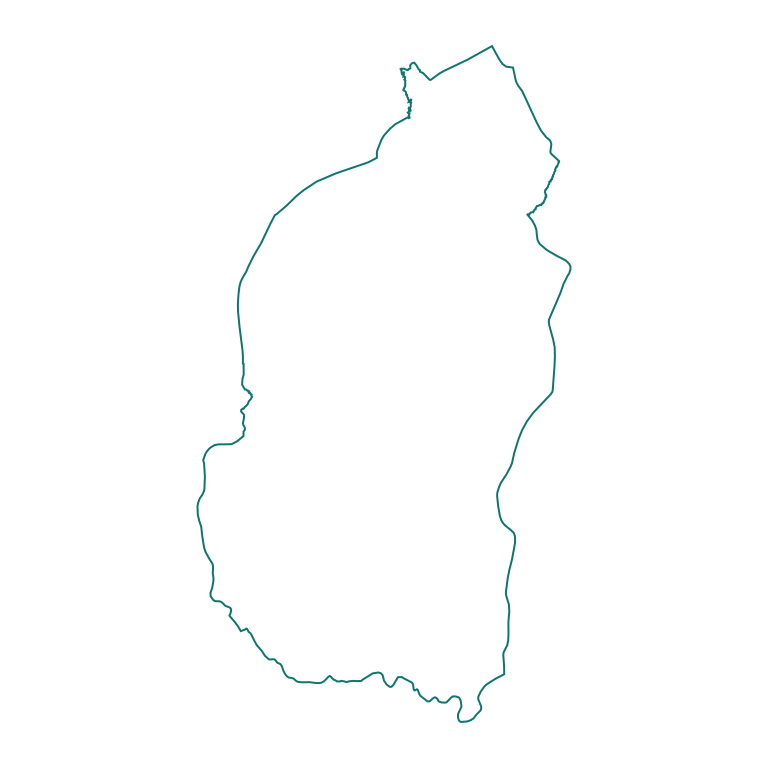 outline of Khun Han, Si Sa Ket, Thailand
{"feature_id": "78962969B74120262263658", "entity_name": "Khun Han", "entity_type": "district", "adm_level": 2, "iso_a3": "THA", "parent_name": "Thailand", "parent_adm1": "Si Sa Ket", "projection": "equal_earth", "projection_center": [104.436, 14.547], "detail": "fine", "context": "isolated", "style": "outline", "palette": "teal", "viewbox_px": 768, "rotation_deg": 0, "n_neighbors": 0, "source": "geoboundaries", "source_scale": "gbopen_adm2", "svg_char_len": 6055}
<svg xmlns="http://www.w3.org/2000/svg" viewBox="0 0 768 768"><path d="M492.0,46.1L467.1,59.9L444.0,70.9L439.6,73.4L430.7,79.9L430.0,79.9L429.3,79.5L423.1,73.1L420.0,71.7L419.9,70.1L419.1,69.7L418.1,68.5L416.7,65.7L414.3,62.7L413.2,62.8L411.6,63.6L410.2,65.3L410.4,68.2L409.4,68.9L408.5,69.1L408.2,69.8L407.8,70.1L407.2,70.1L403.9,68.6L402.9,68.8L401.3,68.6L400.6,68.9L400.5,69.1L401.5,70.5L401.7,73.2L402.3,74.6L403.0,74.6L403.2,72.9L403.6,72.3L403.9,72.4L403.8,74.9L403.3,76.7L404.7,76.6L405.2,77.2L404.9,79.1L404.4,79.7L405.4,80.6L405.1,82.4L405.4,83.9L405.0,84.8L405.3,86.0L404.9,86.9L404.3,87.5L404.2,88.5L403.4,89.3L403.4,90.4L404.8,90.9L405.9,92.2L406.2,93.4L406.1,94.7L407.1,95.0L407.2,96.9L407.9,97.7L408.2,99.4L409.1,100.4L408.6,102.0L408.9,101.9L410.6,99.6L411.2,99.7L410.6,101.7L410.1,102.2L410.2,102.5L411.1,102.9L410.7,103.8L410.8,105.9L410.5,107.3L410.0,108.4L409.0,107.7L408.6,108.4L409.0,109.0L410.2,109.4L410.6,110.3L410.6,110.8L410.2,111.0L409.5,110.3L409.0,110.4L408.6,112.0L407.8,112.6L408.5,113.4L409.5,113.4L409.3,114.6L408.7,115.6L409.5,117.0L409.5,117.8L408.6,118.1L408.0,117.3L406.9,117.8L395.3,124.2L390.1,128.6L385.0,134.3L383.8,135.7L381.3,140.1L377.9,148.8L376.9,151.8L376.9,157.8L368.3,162.3L336.1,173.3L316.6,181.6L303.5,190.3L298.6,194.2L295.2,197.2L286.4,205.8L276.8,214.0L274.8,215.2L269.7,225.1L261.3,242.8L253.4,256.4L248.2,266.9L246.3,271.6L242.3,278.3L240.6,282.1L239.4,286.7L238.4,295.2L237.9,303.9L238.0,311.1L239.5,326.6L242.5,350.2L242.9,356.1L242.9,363.7L243.6,363.9L243.7,374.6L242.5,378.7L242.1,384.6L244.9,389.5L245.7,389.4L246.5,389.8L247.0,390.5L247.9,390.5L248.4,391.6L248.9,391.5L248.7,392.2L249.0,392.4L249.1,393.0L250.2,393.6L250.4,393.3L251.0,394.3L251.5,394.5L251.2,395.1L252.1,396.9L251.4,397.6L251.3,398.4L248.9,401.2L247.7,404.2L246.1,406.0L244.9,406.8L244.2,408.1L243.5,408.8L243.1,408.5L242.4,408.8L241.2,409.9L241.1,411.5L244.1,414.9L243.9,418.5L242.9,423.4L243.3,424.9L244.7,427.4L244.9,429.1L244.6,430.2L243.5,431.6L243.5,436.0L237.5,441.0L231.6,444.2L218.3,444.4L214.6,445.1L210.7,447.4L208.7,449.2L206.7,451.7L205.4,453.9L203.2,460.1L204.1,463.6L204.9,476.9L204.4,489.1L203.9,491.3L203.2,492.9L202.2,494.9L199.7,498.5L198.1,502.9L197.5,506.3L197.8,514.8L199.3,521.0L201.2,526.7L202.4,537.2L204.2,548.0L205.7,552.3L209.8,559.7L211.7,562.4L212.6,564.2L213.1,566.6L212.8,573.1L213.5,578.3L213.4,581.0L212.2,587.9L210.5,592.7L210.6,596.1L213.2,599.9L214.6,600.9L215.6,601.2L219.6,601.3L221.1,601.9L222.4,602.8L225.4,605.9L229.3,607.3L230.6,608.3L231.1,609.4L231.0,611.4L230.6,613.0L229.4,615.7L234.7,621.9L237.9,626.2L240.8,631.1L244.8,629.7L246.0,628.7L246.7,628.7L247.2,629.2L248.6,631.8L250.5,633.3L251.3,634.5L254.6,641.3L256.8,645.2L261.6,650.7L264.9,655.7L268.8,659.3L270.3,659.5L272.7,659.2L274.5,659.4L275.9,660.8L277.1,662.6L279.9,663.8L280.6,664.4L281.6,665.6L283.4,670.7L284.6,673.1L285.8,675.1L287.7,677.0L288.7,677.5L292.0,678.0L293.7,678.7L296.2,681.0L298.1,681.9L301.8,682.3L309.5,682.2L316.0,683.0L319.3,683.1L321.3,682.7L323.7,681.5L326.2,679.2L328.1,677.0L329.6,676.0L331.3,677.0L331.9,678.0L333.9,679.7L335.6,680.4L336.8,681.4L340.3,681.4L341.2,680.9L344.0,681.3L346.3,682.1L349.3,681.3L352.7,680.9L357.9,681.1L361.3,680.9L362.7,679.6L372.9,673.3L378.3,672.5L380.5,673.1L381.3,673.6L382.7,675.3L384.0,680.6L386.8,684.7L389.7,686.8L390.8,686.9L391.8,686.5L393.4,684.9L397.6,677.7L398.2,677.1L402.0,677.1L403.5,678.2L411.8,682.5L412.6,683.4L413.1,684.6L413.5,688.2L414.0,689.9L414.5,690.3L414.9,690.4L416.9,689.3L417.4,689.5L417.9,690.2L419.0,693.6L420.5,695.9L427.5,701.4L429.3,701.4L430.2,700.9L432.5,698.7L434.4,697.5L435.3,697.3L437.4,698.8L438.3,700.8L439.4,701.7L441.7,702.5L445.3,702.6L446.2,702.4L447.5,701.4L450.9,697.7L452.9,696.4L455.5,696.4L458.9,697.5L459.9,698.9L460.8,701.2L461.3,704.7L461.4,706.9L458.6,712.7L458.0,714.4L458.0,717.4L458.8,720.2L459.5,721.1L460.5,721.8L461.9,721.9L467.4,721.4L470.9,720.1L472.4,719.1L473.4,718.5L476.2,714.9L480.5,710.5L481.1,708.9L481.2,706.5L478.2,699.1L478.3,696.8L480.6,691.8L484.2,686.7L485.8,685.1L488.6,683.1L495.8,678.6L504.2,674.2L504.1,666.4L503.3,655.3L503.5,652.9L503.9,651.8L507.2,645.3L508.2,640.5L508.5,634.0L508.4,622.5L509.3,611.2L508.9,604.5L506.2,595.7L505.9,593.4L506.0,591.4L507.8,577.7L509.4,569.7L512.0,559.4L514.7,544.9L515.0,542.8L515.1,539.1L514.8,535.7L513.6,532.7L510.4,529.7L504.8,525.2L502.8,522.8L501.2,520.0L499.9,516.0L498.2,506.4L497.1,495.8L497.3,492.6L498.9,487.5L500.8,482.9L506.4,474.5L510.5,466.8L512.0,463.1L514.4,452.4L518.6,438.9L522.0,430.4L526.9,421.4L533.1,412.9L550.5,394.5L552.3,392.0L552.7,390.4L554.5,366.2L554.9,357.0L554.7,347.5L553.2,339.7L549.3,325.4L548.8,321.8L548.9,320.1L549.3,318.9L560.3,293.2L563.7,283.6L567.5,275.9L569.2,273.4L570.4,269.3L570.5,267.9L570.4,266.4L569.2,263.9L565.8,260.5L556.8,255.9L548.4,251.0L546.2,249.5L539.8,244.1L538.6,242.2L537.5,239.7L536.9,235.4L536.4,230.0L535.0,225.7L532.2,220.5L527.5,214.7L527.9,214.3L528.3,214.6L529.4,214.6L529.6,213.6L530.8,212.5L531.7,212.5L532.9,211.8L533.3,212.1L534.4,209.9L535.6,209.4L535.5,208.3L535.9,208.0L536.8,206.1L538.1,205.9L539.9,205.0L541.2,205.1L541.3,204.3L542.2,203.9L542.3,203.3L543.2,203.2L543.3,202.5L543.8,202.1L543.7,201.6L545.3,198.7L545.2,197.7L545.6,196.9L546.0,197.1L546.2,196.6L546.1,196.2L546.3,195.4L546.1,194.8L545.6,194.7L545.2,192.7L544.9,192.3L545.2,190.2L545.6,189.6L545.9,189.7L547.0,187.9L547.3,187.9L547.4,187.4L548.0,186.6L548.3,185.2L549.1,184.0L549.4,182.7L549.3,181.8L550.2,181.3L550.5,181.4L550.7,180.3L551.1,180.4L551.5,179.5L551.9,179.3L551.8,178.7L552.1,178.6L552.4,177.0L552.9,176.8L553.0,175.1L553.8,174.3L554.3,172.2L555.2,170.9L555.4,170.1L555.1,169.5L555.9,167.6L556.4,167.5L556.5,166.5L557.3,166.4L557.2,165.8L558.4,163.5L558.4,162.3L559.1,161.9L559.0,161.0L551.4,154.0L550.6,152.9L550.4,151.2L551.3,144.8L551.2,143.5L550.7,141.9L550.2,140.8L549.3,139.8L546.2,137.2L541.2,130.9L536.7,122.5L522.9,92.5L522.0,90.8L518.5,86.2L516.9,83.4L515.8,80.6L513.0,67.6L506.1,66.6L502.7,64.1L500.7,61.5L498.2,57.5L492.0,46.1Z" fill="none" stroke="#0f766e" stroke-width="2"/></svg>